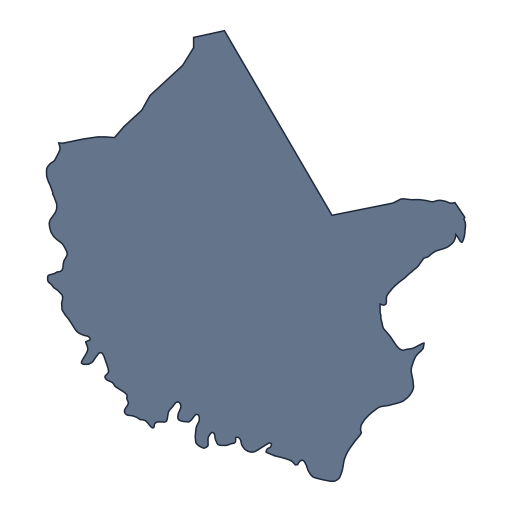 outline of Garrand, Dauphin, Saint Lucia
{"feature_id": "8701671B13502438451250", "entity_name": "Garrand", "entity_type": "district", "adm_level": 2, "iso_a3": "LCA", "parent_name": "Saint Lucia", "parent_adm1": "Dauphin", "projection": "orthographic", "projection_center": [-60.933, 14.005], "detail": "fine", "context": "isolated", "style": "filled", "palette": "slate", "viewbox_px": 512, "rotation_deg": 0, "n_neighbors": 0, "source": "geoboundaries", "source_scale": "gbopen_adm2", "svg_char_len": 6000}
<svg xmlns="http://www.w3.org/2000/svg" viewBox="0 0 512 512"><path d="M464.8,217.3L454.9,202.6L452.4,203.1L450.4,203.1L449.1,202.8L446.4,201.6L445.0,201.2L441.3,200.4L439.4,200.3L437.7,200.5L436.5,200.7L433.5,201.7L432.2,201.8L431.2,201.7L426.0,200.5L419.4,199.6L411.4,199.7L403.1,198.8L400.9,199.0L392.8,203.1L332.0,215.3L224.4,30.7L193.6,37.4L193.6,47.7L182.7,65.3L150.0,95.5L141.8,110.2L124.1,126.4L114.5,137.6L105.7,136.9L97.5,136.9L83.2,139.0L62.7,143.2L58.7,142.9L59.8,146.8L60.0,148.4L60.0,148.9L59.8,149.8L58.6,152.8L54.7,160.3L53.3,161.6L51.6,162.6L50.0,163.8L47.7,166.6L47.1,167.7L46.6,169.2L46.5,171.5L46.6,174.9L46.8,176.8L47.5,179.1L48.7,182.4L49.8,184.6L52.3,191.1L52.7,192.8L52.7,194.2L53.1,194.5L53.3,194.9L56.3,202.8L56.7,204.6L56.7,208.5L56.0,210.9L55.1,212.9L50.3,219.6L49.8,220.8L49.4,222.2L49.2,223.5L49.3,224.4L49.5,226.6L50.5,230.6L50.9,232.0L51.4,232.8L53.5,236.3L55.1,237.9L56.6,239.3L61.5,243.1L62.5,244.1L63.4,245.3L64.6,247.3L66.7,251.4L67.1,252.6L67.1,254.6L66.8,255.7L66.1,257.0L63.9,260.9L63.6,262.0L63.2,264.0L62.9,267.8L62.0,270.1L61.1,270.9L60.1,271.5L59.3,271.7L57.2,271.9L54.2,273.6L49.3,274.9L48.2,275.6L47.9,276.0L47.7,277.1L47.6,279.8L48.0,281.2L48.5,282.2L51.4,284.5L53.0,286.7L54.1,287.9L56.8,289.7L58.2,290.8L62.1,295.0L62.2,295.4L62.3,296.2L62.7,296.7L62.4,300.1L61.9,301.8L61.6,303.4L61.9,306.4L61.9,308.9L62.1,309.7L62.9,311.3L65.3,315.1L66.4,316.5L68.5,319.0L71.1,322.9L75.5,329.9L77.4,332.0L79.3,333.4L84.2,335.5L86.5,335.9L87.5,336.2L88.2,336.5L89.5,337.5L90.0,338.2L90.2,339.1L89.6,340.1L85.8,341.7L85.7,342.2L85.9,342.6L86.5,344.4L87.2,345.9L87.5,347.0L87.8,349.0L87.7,349.8L87.2,351.5L86.2,353.6L82.7,359.4L81.7,361.3L81.5,362.1L81.4,362.9L81.6,363.3L83.1,364.2L84.2,364.3L87.8,364.3L88.9,364.1L89.8,363.7L91.7,362.6L93.1,361.3L95.7,357.3L98.1,354.2L99.1,353.1L99.8,352.8L101.3,352.7L101.8,352.9L102.4,353.4L103.5,355.3L104.2,357.0L106.9,364.7L108.0,368.2L108.5,371.1L108.5,372.1L108.3,372.5L107.0,374.1L105.2,375.9L104.9,377.1L105.4,378.4L106.5,379.7L108.4,380.7L111.6,382.1L112.4,382.6L113.4,383.7L114.5,385.5L115.3,386.6L123.5,391.8L126.2,393.9L127.0,395.0L127.1,396.0L126.7,398.3L127.1,399.5L128.2,401.9L128.3,403.2L128.0,404.3L127.5,405.3L125.7,407.9L125.0,409.2L124.5,410.3L124.4,411.1L124.6,412.2L124.9,413.0L125.8,414.1L126.7,414.8L128.0,415.3L130.5,415.5L133.2,416.0L136.4,417.2L137.9,418.0L139.8,419.4L140.6,419.7L142.8,419.8L145.1,420.5L145.7,420.9L147.8,423.0L150.6,426.5L151.8,427.5L152.3,427.8L153.0,427.9L153.5,427.7L154.1,427.0L154.3,424.9L154.6,423.9L155.4,423.0L156.2,422.4L157.1,422.0L158.7,421.9L162.1,421.9L164.3,422.1L165.5,421.8L166.3,421.3L167.1,419.8L168.3,412.5L169.1,410.7L170.4,409.1L172.1,407.4L174.6,404.0L176.0,402.5L176.4,402.3L177.2,402.1L178.6,402.1L179.1,402.3L179.5,402.7L180.4,404.1L180.7,405.1L180.9,406.3L180.6,408.1L179.6,410.7L178.4,413.2L177.9,415.5L177.8,416.9L177.9,418.3L178.4,419.3L179.0,420.1L180.6,420.8L183.4,421.5L188.0,421.9L189.0,421.9L190.9,420.4L191.6,419.7L194.6,415.7L195.6,414.7L196.5,414.4L197.5,414.5L198.5,415.2L198.9,415.9L199.3,417.8L199.3,420.0L198.9,421.6L196.9,425.5L196.2,427.5L195.8,429.9L195.2,436.8L195.6,440.8L195.9,442.8L196.7,443.9L197.4,444.6L199.3,446.1L200.5,446.8L203.2,448.0L203.9,448.2L206.2,447.4L207.4,446.4L208.1,445.3L208.1,444.7L208.0,439.3L208.1,438.3L208.2,437.6L208.9,436.0L210.4,433.8L211.4,432.8L211.8,432.5L212.3,432.4L212.8,432.6L213.8,433.1L214.2,433.8L214.8,435.4L215.2,438.7L215.7,440.3L217.3,443.7L217.9,444.4L218.5,444.8L219.6,445.2L220.7,445.3L225.7,445.5L227.9,445.0L230.4,444.0L234.2,443.1L234.8,442.8L235.2,442.2L235.6,441.2L235.7,439.8L235.6,438.0L235.9,437.6L236.3,437.4L237.6,437.2L238.4,437.5L239.0,437.9L240.1,439.1L240.8,440.8L241.3,443.3L241.9,445.2L242.8,446.7L244.3,448.7L245.0,449.4L247.3,451.0L248.2,451.4L251.0,452.1L252.7,452.1L255.0,451.6L258.3,449.7L262.3,447.1L269.0,443.0L270.4,443.1L270.8,443.3L271.2,443.8L271.5,444.8L270.8,446.5L270.3,447.2L269.9,447.5L268.3,448.2L267.2,449.0L266.4,450.4L266.0,452.0L268.3,453.2L274.9,455.9L280.0,457.1L285.4,458.6L289.0,459.8L290.4,460.4L292.3,461.5L295.3,464.9L297.7,464.6L298.5,463.0L299.5,461.6L300.9,460.6L302.3,460.2L303.2,460.6L304.0,461.1L304.8,462.3L306.3,465.2L307.9,470.0L309.2,472.4L310.3,474.1L311.2,475.3L312.0,476.1L313.4,477.2L315.6,478.0L323.0,479.8L329.7,481.1L331.5,481.3L333.7,481.3L335.2,480.9L337.3,479.8L338.8,478.6L339.7,477.4L340.7,474.9L341.8,471.9L342.7,468.4L343.9,461.3L344.4,459.3L345.9,455.4L347.4,452.2L349.7,448.5L352.4,444.7L355.4,440.7L359.9,435.3L361.0,433.5L361.4,432.6L360.9,431.3L360.5,429.2L360.6,428.5L361.0,425.8L361.7,424.1L363.6,421.1L364.8,419.4L369.2,414.8L371.6,412.7L376.5,408.9L378.7,407.4L379.7,407.0L382.5,406.3L388.4,405.5L393.3,404.2L396.6,403.4L401.1,402.0L403.7,400.7L407.8,397.4L409.9,395.0L412.2,391.5L412.9,389.7L413.4,388.2L413.6,386.6L413.0,380.9L412.7,379.1L411.7,374.3L411.3,371.5L411.2,369.8L411.6,367.1L413.1,362.5L414.1,359.9L415.4,357.0L416.0,356.1L417.4,354.2L421.1,350.9L423.1,348.5L423.5,346.8L424.1,343.2L423.4,343.1L421.5,343.9L414.5,347.6L413.3,348.1L411.1,348.7L406.6,349.3L403.9,350.2L403.1,350.3L402.1,350.1L400.5,349.4L398.5,348.0L397.0,346.3L395.1,343.7L390.4,336.6L387.2,332.8L384.2,329.4L383.7,328.7L383.2,327.8L382.5,325.4L382.0,322.7L380.9,318.7L380.9,316.2L380.8,315.2L380.1,312.5L380.1,304.1L383.1,305.1L384.0,305.1L384.8,304.8L385.7,304.2L386.0,303.9L386.4,302.1L386.4,297.6L386.6,296.6L386.8,295.9L388.7,292.9L390.6,290.7L392.5,288.3L395.2,285.6L397.2,283.8L399.6,281.8L404.6,278.1L409.3,273.7L410.8,272.4L411.8,271.8L413.1,270.4L416.8,267.5L418.3,265.9L423.2,259.0L424.0,258.1L424.9,257.8L426.9,257.3L428.8,256.3L431.1,254.2L433.6,252.4L435.7,251.2L438.3,250.2L442.1,249.1L445.1,248.1L447.8,246.9L450.5,245.0L453.5,242.0L455.2,238.4L455.8,234.5L458.4,238.1L459.4,240.0L460.4,241.4L461.3,242.2L461.7,242.3L462.1,242.2L462.5,241.6L463.5,239.3L464.3,236.4L464.8,233.3L465.1,229.5L465.5,226.2L465.5,225.0L465.3,222.9L464.1,219.5L464.1,218.3L464.8,217.3Z" fill="#64748b" stroke="#1e293b" stroke-width="1.5"/></svg>